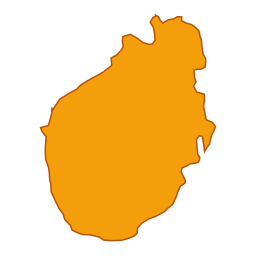 outline of Tersefanou, Larnaca, Cyprus
{"feature_id": "46923920B60167976354969", "entity_name": "Tersefanou", "entity_type": "district", "adm_level": 2, "iso_a3": "CYP", "parent_name": "Cyprus", "parent_adm1": "Larnaca", "projection": "albers", "projection_center": [33.549, 34.861], "detail": "fine", "context": "isolated", "style": "filled", "palette": "amber", "viewbox_px": 256, "rotation_deg": 0, "n_neighbors": 0, "source": "geoboundaries", "source_scale": "gbopen_adm2", "svg_char_len": 1646}
<svg xmlns="http://www.w3.org/2000/svg" viewBox="0 0 256 256"><path d="M51.8,107.6L51.8,113.1L49.8,120.7L48.3,125.5L40.5,127.6L42.1,131.5L46.1,136.7L45.8,141.6L45.3,146.8L45.3,151.8L45.6,159.2L45.9,160.0L48.4,167.0L49.2,171.9L49.3,172.8L49.7,179.8L50.9,184.5L51.1,191.5L55.4,201.0L59.0,208.3L63.2,214.0L64.7,219.4L70.4,225.5L72.4,230.4L79.2,233.4L82.6,234.5L90.3,234.9L91.2,235.0L99.2,237.1L103.6,240.0L109.8,240.5L111.3,240.6L121.4,240.3L127.3,238.8L133.9,236.2L137.0,233.4L137.6,228.0L141.8,223.1L148.7,218.9L156.2,216.1L164.3,211.7L167.5,208.6L172.6,204.2L172.9,204.0L176.7,195.6L177.4,192.8L180.4,186.2L185.1,183.0L185.4,180.5L183.0,175.6L181.1,171.8L182.0,167.9L187.8,165.4L190.1,163.8L194.4,163.4L198.2,162.3L199.6,159.8L199.6,157.1L197.7,154.2L197.0,147.0L196.5,139.4L199.3,135.6L202.5,136.5L203.9,146.1L204.6,151.4L207.7,146.3L209.5,144.1L210.4,139.9L211.8,134.9L214.1,130.3L215.5,126.6L212.5,122.5L206.2,119.7L205.1,114.2L203.5,106.2L204.4,101.1L204.4,94.3L196.6,92.0L193.6,86.4L196.0,81.4L195.7,81.2L194.5,77.3L194.0,70.1L196.6,69.4L201.7,69.0L205.1,67.1L205.8,60.7L205.4,57.8L203.2,54.4L201.9,46.3L201.5,40.7L200.0,36.1L198.9,30.8L194.8,26.8L191.3,24.5L186.1,23.0L181.5,20.8L181.7,16.9L177.3,16.7L173.7,18.9L168.5,19.7L162.8,23.0L160.0,19.9L158.6,16.9L155.9,15.4L156.0,15.7L153.0,17.5L150.2,22.2L153.2,27.0L154.6,33.7L155.0,40.5L152.3,44.0L149.3,44.4L143.0,42.6L137.5,38.4L130.3,34.3L122.9,36.6L122.4,41.4L123.2,46.3L121.7,49.7L116.7,55.0L111.1,58.0L111.8,65.3L103.5,71.8L100.7,73.6L92.7,77.9L86.9,81.1L80.9,84.9L76.7,89.2L68.2,93.8L65.7,95.4L59.6,99.3L52.3,110.5L51.8,107.6Z" fill="#f59e0b" stroke="#b45309" stroke-width="1.5"/></svg>